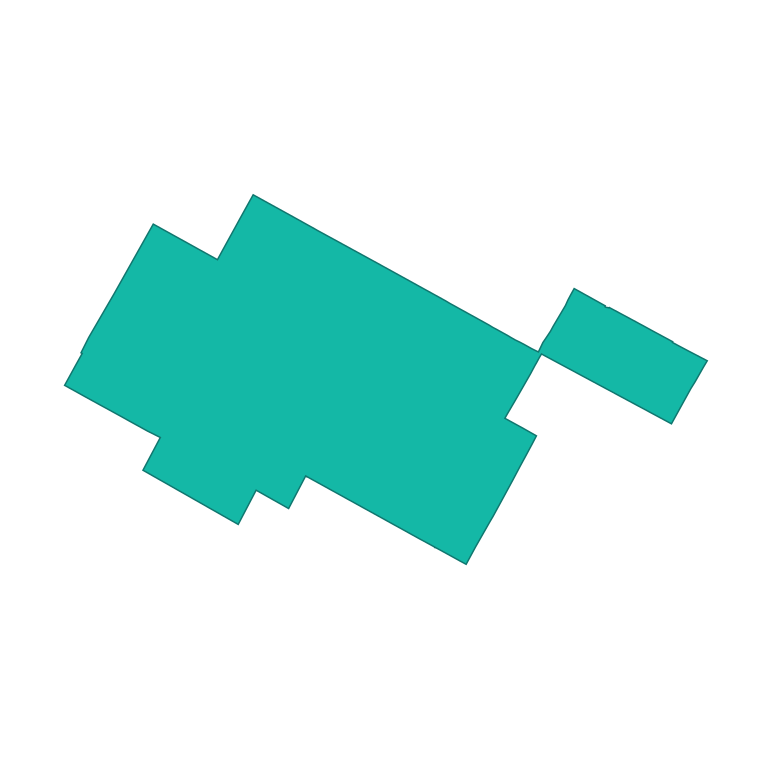 Urzica, Olt, Romania, rotated 190°
{"feature_id": "2599482B65259464639789", "entity_name": "Urzica", "entity_type": "district", "adm_level": 2, "iso_a3": "ROU", "parent_name": "Romania", "parent_adm1": "Olt", "projection": "albers", "projection_center": [24.245, 43.86], "detail": "fine", "context": "isolated", "style": "filled", "palette": "teal", "viewbox_px": 768, "rotation_deg": 190, "n_neighbors": 0, "source": "geoboundaries", "source_scale": "gbopen_adm2", "svg_char_len": 1734}
<svg xmlns="http://www.w3.org/2000/svg" viewBox="0 0 768 768"><g transform="rotate(190 384 384)"><path d="M476.3,523.7L479.3,524.8L500.7,532.2L545.7,547.6L554.9,520.9L556.1,517.3L565.8,488.8L569.6,477.5L639.0,501.4L662.2,435.3L665.4,426.2L682.9,378.5L687.8,362.1L686.5,361.7L691.0,348.7L694.6,338.1L696.8,331.6L698.3,327.2L690.7,324.6L676.5,319.7L668.3,316.9L658.9,313.7L637.0,306.3L628.4,303.3L608.5,296.5L595.0,292.5L606.4,257.2L503.2,220.4L491.5,257.2L456.3,244.8L445.2,279.8L444.2,279.5L444.2,279.3L443.7,279.1L443.3,279.2L332.1,241.1L321.9,237.6L309.9,233.6L305.8,232.2L305.7,231.8L305.1,231.7L304.9,231.9L285.7,225.4L282.2,224.2L281.6,224.0L280.1,223.5L278.5,222.9L276.6,222.3L272.7,221.0L271.8,220.7L271.4,221.9L265.6,239.3L255.7,267.0L253.6,272.6L247.7,290.1L240.5,311.6L235.6,326.8L231.7,338.4L227.2,352.1L224.9,359.4L237.8,364.0L245.1,366.5L259.0,371.2L257.5,375.5L252.1,390.0L241.4,419.7L238.5,428.6L237.5,431.3L235.5,437.3L234.1,440.9L94.0,394.7L89.8,407.0L81.0,432.8L78.0,440.2L76.0,445.8L72.4,455.9L69.7,463.0L71.0,463.4L90.0,469.4L101.4,473.1L107.2,475.0L107.0,475.6L107.0,475.8L108.1,476.1L130.1,483.4L139.2,486.5L142.9,487.7L144.6,488.3L151.9,490.7L162.8,494.3L175.3,498.4L175.4,498.1L175.7,498.0L176.3,498.1L178.8,498.1L179.7,498.4L179.9,498.8L179.7,499.4L180.3,499.6L192.4,503.8L213.3,511.0L215.4,504.9L217.4,498.8L218.9,492.9L227.4,470.3L229.2,464.9L231.9,458.7L234.7,452.5L237.5,442.4L239.1,442.8L244.2,444.3L246.0,444.9L247.7,445.5L251.4,446.8L257.2,448.7L262.5,450.2L268.0,452.2L268.9,452.6L278.1,455.8L281.9,457.1L286.8,458.7L290.8,460.3L314.7,468.5L322.6,471.2L327.8,473.0L333.1,474.8L337.8,476.6L406.8,500.2L408.5,500.8L466.2,520.3L476.3,523.7Z" fill="#14b8a6" stroke="#0f766e" stroke-width="1.5"/></g></svg>